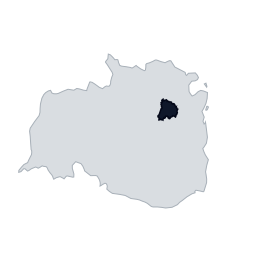 Aoral, Kâmpóng Spœ, Cambodia shown in context, rotated 199°
{"feature_id": "14789045B24826472833777", "entity_name": "Aoral", "entity_type": "district", "adm_level": 2, "iso_a3": "KHM", "parent_name": "Cambodia", "parent_adm1": "Kâmpóng Spœ", "projection": "albers", "projection_center": [104.049, 11.778], "detail": "fine", "context": "in_parent", "style": "filled", "palette": "ink", "viewbox_px": 256, "rotation_deg": 199, "n_neighbors": 0, "source": "geoboundaries", "source_scale": "gbopen_adm2", "svg_char_len": 6056}
<svg xmlns="http://www.w3.org/2000/svg" viewBox="0 0 256 256"><g transform="rotate(199 128 128)"><path d="M216.9,50.5L217.4,52.4L216.0,56.2L214.5,59.6L211.6,62.6L211.5,64.8L210.6,71.3L211.0,73.4L211.7,75.2L212.6,76.1L215.3,82.4L217.7,88.2L220.0,92.9L220.4,96.0L218.4,103.6L216.1,110.7L216.3,114.1L217.4,117.6L218.6,122.3L219.1,128.2L218.5,132.1L217.4,134.6L215.4,137.1L213.5,138.4L211.3,136.3L209.5,136.2L207.1,136.9L205.3,137.9L201.5,141.5L197.3,145.1L191.5,146.1L189.3,148.7L186.8,149.1L182.2,149.3L179.2,149.9L179.4,151.2L179.2,157.5L179.2,158.9L178.8,159.3L176.7,159.5L173.1,158.6L168.3,157.1L164.9,156.9L163.2,159.6L162.1,160.7L160.8,160.9L159.5,161.3L159.0,162.6L158.9,164.1L159.6,166.7L159.9,170.8L159.7,173.6L161.0,175.4L168.4,181.3L170.6,182.8L170.8,183.6L169.6,186.9L170.7,191.5L168.4,191.4L164.6,189.5L162.7,188.3L160.5,189.2L159.7,189.1L158.2,186.8L156.2,184.5L154.2,184.4L149.9,185.3L145.6,186.0L143.9,186.0L143.2,186.4L140.7,189.8L139.7,189.3L135.2,188.0L131.2,187.5L130.4,188.4L130.9,191.2L131.8,193.9L131.3,195.0L129.1,196.5L126.2,199.1L124.4,201.1L123.1,201.6L118.7,201.5L114.2,201.8L112.5,203.6L110.8,205.1L109.4,205.5L103.6,200.9L92.1,199.2L90.8,197.2L89.7,196.8L88.7,199.4L82.3,202.0L79.7,200.5L77.8,198.6L78.1,196.3L79.9,194.4L83.0,193.0L84.5,188.3L82.1,182.3L80.0,180.5L77.8,179.1L75.5,181.3L73.5,185.2L71.5,187.2L68.6,187.6L64.4,187.4L62.8,181.7L62.3,176.7L62.8,171.1L63.5,167.8L59.5,163.1L59.3,158.8L57.3,156.5L56.7,157.6L56.8,158.9L56.2,158.0L49.9,145.1L48.9,139.1L50.0,134.5L50.6,133.0L48.8,130.6L46.2,127.8L41.7,124.2L41.4,118.5L40.4,111.8L39.1,109.5L37.0,105.4L35.9,101.9L35.6,92.9L36.1,92.2L39.4,91.9L43.5,91.3L44.2,89.8L43.5,88.6L46.1,86.6L49.9,82.1L52.9,77.4L55.0,74.5L56.3,71.6L60.5,67.4L66.4,64.6L70.4,63.9L74.5,62.9L78.5,61.5L80.4,61.4L85.3,63.1L88.0,63.5L90.8,63.5L93.7,63.7L96.2,63.5L102.3,62.3L108.7,63.3L114.4,62.5L121.5,61.1L125.0,62.0L128.1,63.3L128.6,66.1L129.3,67.3L130.4,68.3L131.8,68.3L133.6,66.4L135.1,64.4L135.6,64.0L135.7,65.0L136.4,67.1L137.8,69.3L139.1,70.6L141.4,72.5L142.9,72.6L147.8,70.8L155.0,73.3L155.9,74.6L158.3,77.2L160.8,79.0L166.5,79.1L168.5,74.5L167.5,71.7L164.2,66.9L163.3,64.0L164.3,63.5L169.8,62.9L170.7,62.3L171.9,59.1L173.4,59.5L176.4,59.9L179.6,57.7L181.5,55.4L182.5,56.4L183.7,58.0L184.9,58.9L187.2,60.3L189.8,62.2L191.4,64.0L192.6,64.8L195.9,64.2L196.8,64.3L198.6,62.0L199.9,60.7L201.1,61.0L202.7,61.0L206.1,58.0L208.0,55.4L209.0,54.6L212.1,55.9L213.3,55.6L215.0,51.9L216.9,50.5ZM60.6,174.1L60.0,174.4L59.4,174.4L58.8,173.9L58.9,171.8L59.3,170.5L60.4,170.3L60.6,174.1ZM70.2,194.5L68.9,195.8L66.9,193.0L66.9,192.2L70.2,194.5Z" fill="#d9dde1" stroke="#a8b0b8" stroke-width="1"/><path d="M101.3,145.7L101.1,145.8L100.7,146.5L100.7,147.0L100.4,147.0L100.2,146.8L100.0,146.6L99.9,146.6L99.6,146.6L99.4,146.8L99.1,146.9L98.9,146.8L98.7,146.7L98.4,146.7L98.2,146.8L98.0,147.1L97.9,147.1L97.6,147.0L97.7,147.4L97.7,147.6L97.7,147.8L97.7,148.0L97.6,148.3L97.5,148.5L97.4,148.8L97.4,149.1L97.2,149.0L96.9,149.1L97.0,149.3L96.9,149.5L96.6,149.5L96.3,149.6L96.1,150.0L96.3,150.2L96.3,150.6L96.5,151.0L96.4,151.3L96.1,151.3L95.9,151.2L95.7,151.4L95.6,151.5L95.3,151.7L95.1,151.8L95.0,152.0L94.8,152.0L94.5,151.9L94.3,151.9L94.2,151.9L93.9,151.8L93.9,151.7L93.6,151.3L93.6,151.2L93.6,150.9L93.4,150.7L93.0,150.7L92.9,150.6L92.6,150.6L92.3,150.4L92.3,150.5L92.2,150.5L91.9,150.7L91.7,150.9L91.4,150.9L91.4,151.1L91.4,151.3L91.4,151.6L91.4,151.8L91.5,151.9L91.5,152.0L91.4,152.1L91.4,152.3L91.0,152.4L90.8,152.5L90.6,152.5L90.4,152.8L90.2,152.9L90.1,153.0L89.9,153.3L89.9,153.5L89.9,153.9L89.7,153.8L89.6,154.0L89.0,154.1L88.7,154.2L88.7,154.3L88.4,154.3L88.2,154.3L88.1,154.2L87.8,154.2L87.6,154.2L87.3,154.0L87.0,153.9L86.8,153.8L86.7,153.8L86.7,154.0L86.6,154.4L86.7,154.6L86.7,154.8L86.7,155.2L86.8,155.4L87.0,155.5L87.0,155.9L87.0,156.0L86.5,156.4L86.4,156.5L86.4,156.9L86.4,157.0L86.5,157.1L86.7,157.4L86.6,157.6L86.4,157.8L86.4,158.0L86.3,158.4L86.4,158.7L86.5,158.9L86.6,159.1L86.9,159.3L87.2,159.6L87.3,159.8L87.3,160.0L87.4,160.3L87.3,160.6L87.2,160.9L87.1,161.4L87.1,161.6L87.1,161.9L87.1,162.0L87.5,162.0L87.8,162.1L88.0,162.2L88.1,162.3L88.2,162.5L88.3,162.5L88.6,163.0L88.8,163.0L89.1,163.2L89.2,163.3L89.3,163.4L89.4,163.5L89.5,163.5L89.4,163.7L89.4,163.8L89.5,163.7L89.6,163.8L90.0,164.0L90.4,164.3L90.9,164.4L91.2,164.5L91.3,164.6L91.4,164.9L91.4,165.1L91.6,165.1L91.8,165.3L91.9,165.6L92.0,165.7L92.1,165.8L92.3,165.8L92.5,165.8L92.6,165.7L92.7,165.8L92.8,165.8L92.9,165.7L93.2,165.5L93.4,165.5L93.5,165.4L93.6,165.6L93.8,165.5L93.9,165.4L94.1,165.4L94.4,165.3L94.7,165.6L94.8,165.7L94.9,165.8L95.0,165.9L95.2,166.4L95.3,166.4L95.6,166.6L95.8,166.6L96.2,166.5L96.6,166.4L97.1,166.1L97.3,166.0L97.5,166.1L97.8,166.3L97.9,166.2L98.0,166.1L98.3,166.0L98.5,166.0L98.8,166.2L98.9,166.3L99.0,166.4L99.1,166.5L99.3,166.5L99.4,166.4L99.4,166.5L99.6,166.5L99.8,166.5L100.0,166.6L100.3,166.8L100.5,166.8L100.6,167.0L100.9,167.0L101.0,167.1L101.3,166.9L101.5,166.6L101.8,166.2L102.0,166.1L102.2,165.9L102.3,165.9L102.5,165.8L102.5,165.7L102.8,165.7L103.0,165.4L103.4,165.4L103.4,165.5L103.3,165.8L103.5,165.9L103.5,166.0L103.8,165.9L103.9,166.0L104.0,165.9L103.9,165.9L104.1,165.8L104.3,165.9L104.4,166.0L104.5,166.1L104.5,166.3L104.7,166.1L104.7,165.9L104.9,165.5L104.9,165.4L104.8,165.1L104.9,164.8L104.9,164.7L104.7,164.5L104.5,164.4L104.4,164.3L104.3,164.0L104.0,163.8L104.0,163.6L104.1,163.3L104.3,163.3L104.3,163.1L104.5,163.0L104.9,162.9L105.0,162.8L105.0,162.7L104.8,162.4L104.5,162.4L104.3,162.3L104.2,162.1L104.2,161.9L104.3,161.5L104.4,161.1L104.4,160.9L104.2,160.8L103.8,160.5L103.7,160.3L103.6,160.2L103.6,159.8L103.6,159.6L103.2,159.1L102.9,159.0L102.7,158.9L102.5,158.6L102.3,158.3L102.2,158.2L102.3,157.9L102.4,157.7L102.5,157.6L102.8,157.5L102.9,157.4L102.9,150.5L103.0,150.4L103.1,150.2L103.3,150.0L103.4,149.8L103.5,149.6L103.6,149.2L103.4,148.8L103.4,148.6L103.3,148.3L103.2,148.2L102.7,148.2L102.2,148.0L102.0,147.9L101.9,147.6L101.8,147.2L101.7,147.1L101.6,146.7L101.5,146.4L101.5,146.2L101.4,146.2L101.3,145.7Z" fill="#0f172a" stroke="#020617" stroke-width="1.5"/></g></svg>